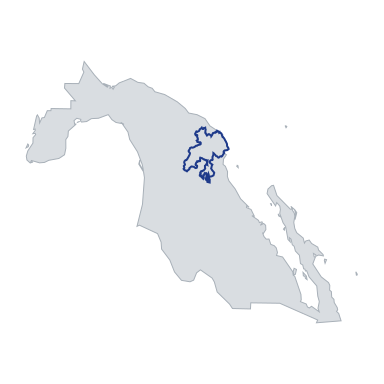 Jalisco on a map of Mexico (Equal Earth projection), rotated 181°
{"feature_id": "MEX-2719", "entity_name": "Jalisco", "entity_type": "State", "adm_level": 1, "iso_a3": "MEX", "parent_name": "Mexico", "parent_adm1": "", "projection": "equal_earth", "projection_center": [-103.449, 20.863], "detail": "fine", "context": "in_parent", "style": "outline", "palette": "blue", "viewbox_px": 384, "rotation_deg": 181, "n_neighbors": 0, "source": "natural_earth", "source_scale": "10m", "svg_char_len": 9304}
<svg xmlns="http://www.w3.org/2000/svg" viewBox="0 0 384 384"><g transform="rotate(181 192 192)"><path d="M40.7,65.8L65.3,63.4L64.1,66.2L102.3,82.3L131.3,82.2L131.5,76.1L149.5,76.2L152.5,80.6L165.1,92.5L168.1,102.5L170.4,106.3L182.2,114.3L186.0,111.3L188.8,103.9L192.4,102.2L201.0,103.5L208.1,111.8L213.0,123.6L221.4,134.4L222.0,141.3L225.7,149.8L244.0,157.9L246.4,156.7L241.3,178.8L239.8,205.5L240.8,211.3L245.7,219.0L244.7,223.2L244.9,219.0L240.9,212.4L242.2,218.5L247.2,231.2L255.2,243.4L257.1,250.9L262.7,258.7L261.2,258.5L264.4,260.4L263.4,259.2L269.2,260.2L273.3,262.9L277.1,267.9L286.8,264.1L293.9,263.6L298.6,260.6L303.7,260.0L304.7,261.1L304.4,262.7L308.5,263.7L311.2,261.3L310.4,257.3L309.0,258.3L309.4,257.5L316.7,250.8L317.0,245.4L319.1,242.2L318.9,233.5L320.1,227.0L325.7,223.2L335.7,221.2L340.0,219.0L344.9,218.5L353.1,220.7L353.7,219.3L351.5,219.2L354.3,218.2L357.6,221.1L358.3,225.0L356.9,230.2L351.9,238.1L351.9,243.5L349.3,246.7L349.8,247.9L352.2,247.5L349.8,250.8L349.9,252.2L351.5,251.7L348.7,265.2L347.9,266.4L346.1,263.3L345.6,258.3L343.3,263.5L340.9,263.9L338.1,270.8L334.5,270.8L334.3,273.0L314.6,273.0L314.7,281.2L310.2,281.1L321.3,293.7L321.0,298.3L307.1,298.4L302.2,310.0L303.7,312.9L302.1,320.6L291.7,307.4L283.5,298.6L278.5,295.3L277.9,296.1L282.6,299.1L275.4,296.5L275.8,294.3L273.9,295.2L272.7,293.3L271.5,295.4L273.9,296.3L270.2,296.8L266.7,299.8L255.4,304.5L248.1,300.7L241.9,299.9L237.7,296.4L233.6,295.0L230.9,291.6L220.9,288.9L208.3,281.9L200.2,275.4L196.7,270.9L188.3,269.4L180.3,265.6L175.2,258.4L164.2,251.4L158.4,241.8L156.5,235.9L160.8,233.2L160.1,230.7L158.2,229.9L161.1,225.4L161.4,220.1L159.1,218.3L156.8,213.0L156.9,208.1L155.3,203.8L148.9,195.8L143.3,186.0L134.6,177.7L137.1,179.2L137.3,177.4L132.7,175.6L129.3,169.0L131.7,169.3L125.0,164.8L124.1,162.6L121.5,163.4L121.1,162.4L123.1,159.9L119.8,161.8L117.8,160.0L117.5,155.7L119.9,151.8L120.8,152.6L119.2,148.6L117.0,146.2L114.2,146.3L112.3,141.0L108.9,139.8L106.8,137.6L105.5,133.0L106.4,130.0L100.3,128.6L89.9,114.0L89.3,110.5L87.8,109.5L81.3,91.5L80.9,86.1L81.7,84.3L75.8,82.0L74.6,79.1L72.7,78.1L70.5,79.8L62.7,74.4L64.0,77.9L62.8,84.6L64.4,90.0L65.6,100.2L73.5,109.2L76.0,115.3L77.2,115.0L77.8,116.9L79.0,117.1L80.0,121.0L82.3,122.3L83.5,130.6L87.6,134.8L88.9,139.5L90.8,141.0L92.1,146.6L93.8,148.0L92.9,143.8L95.2,146.2L97.8,159.1L100.4,162.8L103.9,172.1L103.3,176.0L104.0,179.5L107.1,182.9L108.2,179.5L116.9,191.7L116.1,196.3L112.5,199.7L110.6,200.1L107.0,189.9L93.3,176.5L92.0,176.7L89.3,172.5L88.8,169.6L89.7,163.3L88.6,157.3L86.6,153.1L80.0,147.9L78.7,142.9L77.4,145.0L74.0,146.0L71.5,142.6L65.3,139.1L64.4,136.1L59.9,131.8L59.5,130.4L64.3,131.2L67.1,129.9L67.1,131.3L69.5,132.7L68.7,129.3L67.5,129.1L70.0,122.2L61.3,109.4L53.9,103.8L52.6,101.0L52.7,96.3L50.9,94.8L50.5,89.4L48.2,87.1L47.9,84.0L44.8,79.0L44.3,76.7L45.4,75.1L43.2,73.1L40.7,65.8ZM89.4,114.2L88.6,117.5L86.2,116.4L87.2,111.5L88.7,110.9L89.4,114.2ZM79.6,113.6L76.2,110.0L75.4,106.4L77.1,107.6L77.5,109.6L79.2,110.1L79.6,113.6ZM357.0,237.1L356.1,236.0L356.5,234.4L358.7,233.2L357.0,237.1ZM89.3,176.6L86.9,173.2L88.5,166.2L88.0,172.4L89.3,176.6ZM58.2,127.2L56.3,126.7L57.7,123.0L58.5,125.8L58.2,127.2ZM26.8,115.1L25.3,112.7L25.6,111.7L26.2,111.7L26.8,115.1ZM91.5,176.7L92.9,179.4L89.8,176.8L91.5,176.7ZM147.7,218.4L147.3,219.5L146.5,219.1L146.2,217.1L147.7,218.4ZM104.9,169.6L105.5,171.7L103.8,169.0L104.9,169.6ZM99.0,155.5L99.9,156.5L98.5,158.4L99.0,155.5ZM99.9,259.6L99.3,259.9L98.3,259.0L99.1,257.9L99.9,259.6ZM307.1,260.1L305.4,260.6L308.3,259.4L307.1,260.1ZM113.2,181.7L112.3,181.5L112.2,179.5L113.2,181.7Z" fill="#d9dde1" stroke="#a8b0b8" stroke-width="1"/><path d="M167.9,253.7L167.5,253.6L167.1,253.3L167.0,253.2L166.9,252.9L166.5,252.8L166.5,252.7L166.4,252.6L165.7,252.7L165.7,251.8L165.7,251.6L165.2,251.8L165.0,251.7L164.8,251.9L164.0,251.3L163.6,251.0L163.4,250.6L163.3,249.9L163.1,249.6L162.8,249.4L162.9,249.0L162.8,248.9L162.7,248.6L162.6,247.8L162.3,247.4L161.9,247.5L160.9,246.3L160.4,245.5L159.8,244.3L159.5,243.9L159.4,243.6L159.0,243.1L158.9,242.8L158.6,242.2L158.0,241.0L157.8,240.2L157.8,239.5L157.7,238.6L157.6,238.3L157.3,237.9L156.9,237.2L156.6,237.0L156.1,235.6L156.3,235.4L157.5,234.5L157.9,234.4L158.7,234.4L159.0,234.2L160.1,234.1L160.4,233.8L160.6,233.6L160.8,233.5L161.0,233.1L161.1,232.8L161.1,232.3L160.9,232.0L160.6,231.8L160.5,231.6L160.8,231.4L161.0,231.0L161.5,230.1L162.3,228.7L162.6,228.3L163.0,228.0L163.3,228.3L163.6,228.2L163.9,228.2L164.5,228.1L164.9,227.7L165.4,227.2L165.8,226.9L166.2,226.8L166.6,227.0L167.5,228.1L168.5,228.3L168.7,228.5L169.2,229.3L169.4,229.5L170.1,230.1L170.3,230.3L170.6,230.8L171.3,231.3L171.3,231.0L171.3,230.0L171.4,229.1L172.1,227.5L172.1,227.2L172.1,226.1L172.1,225.5L171.9,224.7L172.2,224.3L172.6,224.2L173.5,224.2L173.9,224.0L174.7,223.0L174.7,222.8L174.7,222.1L174.8,221.9L174.9,221.7L173.5,220.7L172.1,219.7L172.5,219.0L172.7,218.6L172.9,217.2L173.3,215.9L172.7,214.9L172.1,214.0L170.4,212.1L170.2,211.8L170.1,211.6L170.8,209.0L172.4,208.1L173.0,207.9L174.0,207.8L174.7,207.6L174.9,207.5L175.1,205.8L175.1,205.6L175.0,205.4L174.5,204.9L174.5,204.6L174.5,201.8L176.7,202.3L176.6,203.4L176.5,203.9L176.4,204.2L176.0,204.5L175.9,204.7L176.0,205.6L175.9,205.8L175.6,206.1L175.6,206.4L175.8,207.0L175.5,207.9L175.5,208.2L175.5,208.7L175.6,209.5L175.8,210.1L176.9,204.8L177.1,204.3L177.3,204.1L177.4,204.4L178.1,204.4L178.2,204.6L178.1,204.9L178.1,205.0L178.5,205.2L178.5,205.3L178.5,205.7L178.3,205.9L178.1,206.6L177.7,208.2L177.7,208.4L177.9,209.4L177.9,209.7L177.8,210.4L177.8,210.8L178.0,211.1L178.4,211.1L178.6,211.0L178.8,210.7L179.5,210.7L179.6,210.8L179.7,211.0L179.8,210.9L180.1,209.7L180.2,209.3L180.7,209.1L180.7,208.4L180.8,208.1L181.2,207.8L181.2,207.7L180.8,207.4L180.8,207.2L180.5,206.9L180.7,206.1L181.0,205.4L182.4,206.8L183.0,207.4L183.1,207.5L183.0,208.2L183.6,208.0L183.8,208.0L184.0,208.5L184.4,208.4L184.5,208.5L184.5,209.2L184.2,210.0L183.6,210.3L183.6,210.5L183.6,210.8L183.9,210.9L184.1,211.0L184.1,211.4L184.1,211.7L183.6,212.0L183.3,212.8L183.2,213.0L182.8,213.1L182.2,213.0L181.9,213.0L181.6,213.5L181.0,213.7L180.7,213.8L179.4,215.4L179.2,215.8L179.4,216.6L179.5,217.1L179.5,218.5L179.2,218.7L178.9,218.9L178.7,219.1L178.3,220.0L178.1,220.1L177.9,220.1L177.2,219.6L177.4,220.6L177.5,221.6L177.5,222.1L177.4,222.4L177.0,222.9L177.0,223.7L177.0,223.8L177.8,223.4L178.0,223.3L178.2,223.5L178.3,224.1L178.5,224.3L179.4,224.3L179.6,224.3L180.1,224.8L180.7,224.8L180.9,224.8L182.5,226.0L182.9,226.1L183.3,226.0L183.6,226.1L184.1,226.5L184.4,226.5L184.5,226.1L184.5,225.4L184.4,223.3L184.5,223.0L184.8,222.9L185.3,223.1L185.6,223.2L185.9,223.1L186.2,222.9L186.8,222.3L187.0,222.2L187.1,222.4L187.0,222.8L187.3,222.9L187.4,222.7L187.5,222.3L187.8,221.8L187.9,221.7L188.2,221.6L188.3,221.4L188.8,220.1L188.9,219.5L188.8,219.0L188.7,218.9L188.3,218.9L188.1,218.8L187.6,218.5L187.4,218.4L187.3,218.1L187.3,217.8L187.6,216.4L188.2,216.1L188.6,216.0L188.9,216.0L189.4,216.3L190.2,217.0L190.7,217.2L192.6,217.5L192.9,217.5L193.2,217.4L193.5,217.2L194.1,216.5L194.8,216.1L195.0,215.8L195.0,215.0L195.1,214.7L195.4,214.5L195.7,214.4L196.0,213.9L196.6,213.6L196.8,213.4L197.3,212.6L197.5,212.6L198.2,213.3L198.4,213.4L198.9,213.3L199.2,213.4L199.7,213.8L200.2,214.5L200.4,214.5L200.6,214.5L200.8,215.1L200.3,215.6L200.1,216.0L200.1,216.3L200.2,216.6L200.6,217.5L200.6,218.0L199.8,218.7L199.5,219.2L199.6,219.7L200.2,221.0L200.3,221.3L200.3,221.6L200.2,222.1L200.1,222.5L199.8,222.9L199.2,223.6L198.9,223.8L198.1,223.8L197.7,224.6L197.2,225.0L196.9,225.7L196.3,226.8L195.2,228.9L194.8,230.1L194.7,230.6L194.8,231.0L195.1,231.4L195.6,231.9L195.9,232.3L196.0,232.4L196.1,233.0L195.9,233.5L195.1,234.7L194.7,235.7L194.7,235.9L194.5,236.0L193.8,236.4L193.4,236.5L193.1,236.6L192.6,236.3L191.2,236.6L190.4,237.0L190.2,237.3L189.4,237.6L189.0,238.1L188.8,238.3L188.5,238.3L187.9,238.4L187.7,238.4L187.4,238.8L184.9,239.6L184.5,239.7L184.2,240.0L184.1,240.3L184.2,241.1L184.2,241.5L184.5,241.7L184.6,241.9L184.9,241.9L185.7,241.6L186.2,242.0L186.9,242.0L187.5,242.1L187.6,242.3L187.6,242.9L187.6,243.0L187.9,243.2L188.2,243.5L187.9,243.8L187.7,243.9L187.3,243.9L187.1,244.1L187.0,244.5L187.1,245.3L187.2,246.0L187.4,246.3L187.6,246.4L187.7,246.9L187.8,247.3L187.9,247.5L187.7,248.4L187.8,249.0L188.2,249.1L189.3,248.8L189.4,249.0L189.5,249.5L189.6,249.9L189.9,250.1L189.9,250.3L189.5,250.8L189.4,251.0L189.4,251.4L188.7,252.6L188.4,252.4L188.2,252.3L188.0,252.2L187.7,252.2L187.3,252.6L186.7,252.8L186.3,253.0L185.9,253.3L185.7,253.7L185.5,254.5L185.4,254.8L185.2,255.0L184.3,255.4L183.7,255.8L183.6,256.4L183.4,256.6L183.3,256.4L183.0,255.8L182.8,255.7L182.4,255.7L182.2,255.2L181.9,255.2L181.7,255.4L181.5,255.8L181.3,256.2L181.1,256.3L180.2,256.2L179.9,256.4L179.8,255.6L179.5,254.9L179.4,254.6L179.7,253.1L179.6,252.0L179.8,251.6L179.8,251.4L179.3,251.0L179.1,250.5L179.0,250.3L178.6,250.0L178.2,248.9L178.1,248.7L177.8,248.8L177.3,249.5L177.1,249.7L176.4,249.8L176.3,250.1L176.1,250.2L175.1,249.6L173.8,248.6L173.7,248.1L172.9,249.3L172.8,249.5L172.7,250.1L172.4,250.4L172.3,250.6L172.1,251.1L172.0,251.3L171.6,251.3L171.4,251.3L170.9,251.7L170.2,252.0L169.9,251.8L169.8,251.7L169.3,252.1L169.3,252.4L169.3,252.5L169.2,252.6L168.9,252.3L168.7,252.2L168.5,252.3L168.4,252.8L167.9,253.4L167.9,253.7Z" fill="none" stroke="#1e3a8a" stroke-width="2"/></g></svg>